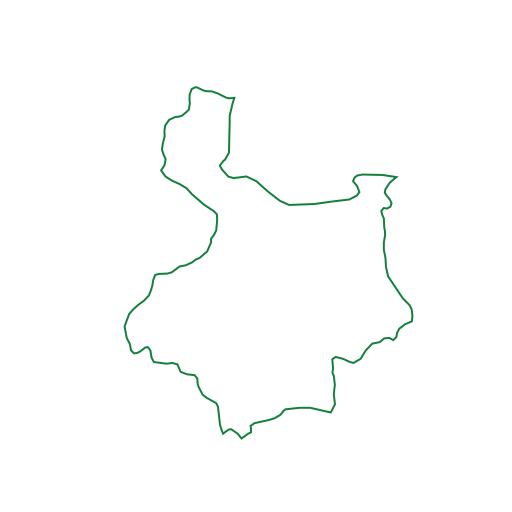 outline of Konya, rotated 225°
{"feature_id": "TUR-3011", "entity_name": "Konya", "entity_type": "Province", "adm_level": 1, "iso_a3": "TUR", "parent_name": "Turkey", "parent_adm1": "", "projection": "robinson", "projection_center": [32.808, 37.948], "detail": "fine", "context": "isolated", "style": "outline", "palette": "green", "viewbox_px": 512, "rotation_deg": 225, "n_neighbors": 0, "source": "natural_earth", "source_scale": "10m", "svg_char_len": 2417}
<svg xmlns="http://www.w3.org/2000/svg" viewBox="0 0 512 512"><g transform="rotate(225 256 256)"><path d="M277.7,100.9L282.0,104.0L283.8,104.9L289.4,106.6L299.2,113.3L304.6,125.2L305.1,131.7L304.7,138.3L303.6,145.4L303.8,152.4L306.0,157.4L308.6,162.1L311.7,166.4L313.9,171.3L312.0,174.7L306.2,180.9L304.0,185.0L302.6,194.6L299.1,199.8L296.7,206.2L296.1,210.7L294.5,214.8L293.8,224.8L297.5,234.2L298.8,235.1L299.9,236.4L300.7,241.4L302.3,246.1L309.0,254.1L313.1,257.8L317.5,257.9L329.4,255.5L345.0,254.4L353.0,254.8L360.8,252.9L368.6,249.9L376.1,248.2L383.6,249.4L385.0,255.7L388.4,260.6L393.2,262.4L397.8,264.8L401.7,270.1L405.2,276.0L409.2,279.7L412.5,284.1L413.7,291.0L411.3,297.3L409.1,299.9L407.5,303.1L407.0,308.6L407.0,312.1L410.9,317.4L413.4,319.3L417.1,323.3L419.5,328.5L418.3,332.4L416.5,333.7L411.2,335.5L408.1,337.0L403.6,341.2L398.0,343.9L389.2,346.8L386.5,348.5L383.1,352.5L380.6,347.6L373.8,336.6L367.8,330.5L359.7,322.0L348.2,310.0L346.0,302.2L346.3,300.4L345.5,294.4L341.4,293.1L331.5,292.6L327.0,295.3L324.0,299.0L319.1,305.4L308.8,309.1L293.3,310.0L278.1,311.9L268.7,315.5L263.5,321.1L251.6,333.9L239.5,349.9L230.0,361.9L227.4,370.0L228.1,374.3L234.2,377.0L240.2,377.5L241.7,380.7L241.4,384.3L238.3,388.9L223.9,402.7L212.5,411.1L213.3,402.8L211.7,394.7L209.6,391.8L206.4,391.1L201.7,390.7L197.4,389.1L195.8,385.8L197.0,382.1L199.6,380.2L199.2,376.4L196.0,374.5L192.1,372.9L185.4,366.8L182.3,364.7L179.5,362.1L175.1,355.9L170.0,350.8L163.0,346.1L156.5,340.3L148.2,335.0L122.4,329.9L112.3,329.8L108.0,328.2L104.0,325.1L101.7,322.7L99.6,320.0L102.3,313.2L103.3,305.9L101.9,301.5L99.4,297.8L99.5,293.6L103.8,292.3L107.1,288.4L107.6,282.6L111.8,276.3L111.6,266.8L109.3,257.2L111.5,249.3L114.8,247.4L121.8,244.8L128.3,240.9L129.0,236.9L121.8,230.8L119.5,227.6L116.1,226.2L109.2,220.7L103.1,213.1L95.3,207.0L92.5,198.2L110.2,187.1L117.9,179.4L126.7,168.5L127.1,165.8L126.6,163.4L126.5,160.9L128.1,154.5L131.2,148.7L138.9,136.7L139.7,131.9L137.9,130.8L134.9,127.9L135.3,126.4L135.9,124.8L137.2,116.7L143.1,117.4L151.0,116.0L152.5,114.1L153.2,110.6L153.6,107.1L157.9,108.9L162.2,111.3L176.4,122.6L180.1,123.8L190.6,120.8L195.6,120.2L204.1,122.9L207.3,124.7L210.9,127.9L215.2,128.3L221.1,123.6L227.4,120.8L234.9,123.8L239.4,121.3L243.0,116.7L253.2,108.8L258.0,110.3L263.8,114.5L268.1,115.1L269.6,112.9L270.4,106.6L271.5,103.3L273.4,100.9L277.7,100.9Z" fill="none" stroke="#15803d" stroke-width="2"/></g></svg>